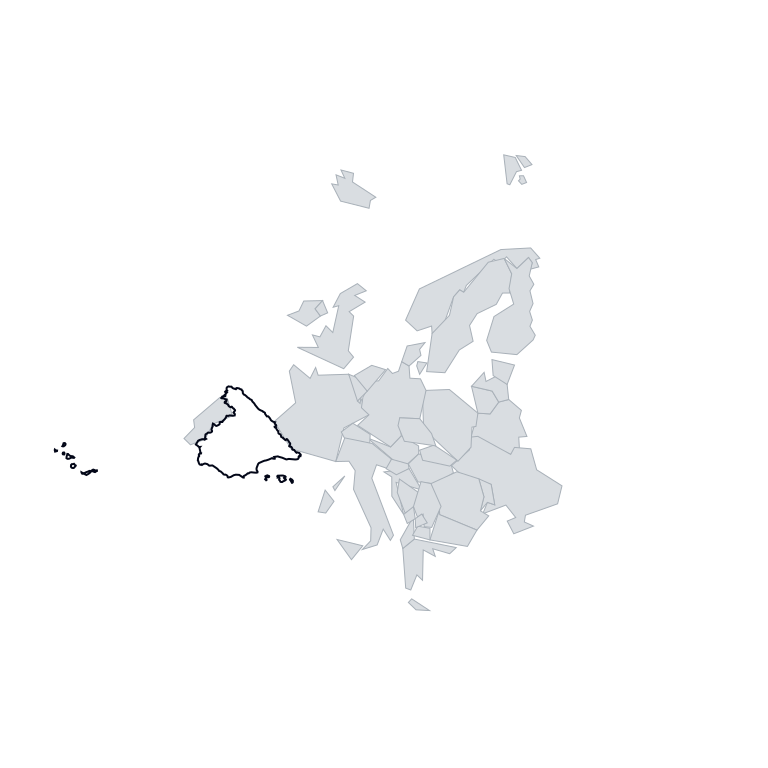 Spain highlighted on a map of Europe, rotated 40°
{"feature_id": "ESP", "entity_name": "Spain", "entity_type": "country or territory", "adm_level": 0, "iso_a3": "ESP", "parent_name": "Europe", "parent_adm1": "", "projection": "orthographic", "projection_center": [-5.186, 35.705], "detail": "fine", "context": "in_parent", "style": "outline", "palette": "ink", "viewbox_px": 768, "rotation_deg": 40, "n_neighbors": 37, "source": "natural_earth", "source_scale": "50m", "svg_char_len": 13411}
<svg xmlns="http://www.w3.org/2000/svg" viewBox="0 0 768 768"><g transform="rotate(40 384 384)"><path d="M328.4,131.5L338.9,126.1L352.0,131.9L349.0,136.2L352.3,150.5L349.6,151.5L328.4,131.5ZM427.3,194.8L422.3,202.0L419.6,195.8L413.4,194.2L411.6,210.1L396.1,207.8L395.6,217.3L388.0,217.8L383.7,255.6L386.1,262.5L381.5,263.2L381.3,272.5L391.7,300.9L388.4,314.4L383.2,309.0L375.2,322.0L359.5,321.2L350.0,288.4L387.1,205.9L408.9,185.5L422.5,187.5L420.2,191.2L427.3,194.8ZM356.3,120.8L352.5,127.9L338.4,124.0L345.9,119.1L356.3,120.8ZM363.7,138.0L361.2,142.5L356.4,141.9L356.6,139.5L353.9,137.5L357.0,134.8L363.7,138.0Z" fill="#d9dde1" stroke="#a8b0b8" stroke-width="1"/><path d="M350.7,399.2L392.3,417.3L381.5,443.4L396.9,474.4L354.5,493.4L324.1,483.3L328.4,455.2L303.2,435.0L302.4,427.3L323.8,427.2L321.0,415.3L327.9,419.6L350.7,399.2ZM410.9,495.6L413.1,479.6L414.9,497.2L410.9,495.6Z" fill="#d9dde1" stroke="#a8b0b8" stroke-width="1"/><path d="M388.4,314.4L390.0,289.3L381.3,272.5L381.5,263.2L386.1,262.5L385.6,223.7L395.3,210.6L411.0,217.5L421.7,233.6L416.3,238.2L418.8,250.8L410.1,270.2L411.9,284.2L424.8,294.0L419.8,309.5L423.4,336.2L408.7,347.1L388.4,314.4Z" fill="#d9dde1" stroke="#a8b0b8" stroke-width="1"/><path d="M489.5,315.7L506.2,315.9L509.5,323.0L527.2,332.3L521.4,338.1L529.0,346.2L526.3,356.5L484.7,368.8L474.7,346.0L484.5,338.7L483.5,324.1L489.5,315.7Z" fill="#d9dde1" stroke="#a8b0b8" stroke-width="1"/><path d="M580.2,399.5L589.8,396.8L579.7,415.3L566.5,409.8L570.7,401.6L555.2,398.4L543.1,419.9L539.3,408.2L546.5,405.4L530.6,392.0L508.6,404.4L488.2,403.2L491.8,379.5L484.7,368.8L489.5,363.8L526.3,356.5L524.7,348.7L538.1,339.3L556.1,351.6L585.8,347.6L594.0,364.2L576.7,393.6L580.2,399.5Z" fill="#d9dde1" stroke="#a8b0b8" stroke-width="1"/><path d="M474.7,346.0L481.7,357.4L479.1,360.5L491.3,376.5L490.3,395.7L443.2,392.9L422.3,369.7L420.3,361.9L437.6,346.2L474.7,346.0Z" fill="#d9dde1" stroke="#a8b0b8" stroke-width="1"/><path d="M455.5,415.2L453.2,431.7L444.2,436.4L405.8,436.0L429.5,428.0L430.5,412.5L450.3,409.2L455.5,415.2Z" fill="#d9dde1" stroke="#a8b0b8" stroke-width="1"/><path d="M488.2,403.2L494.2,407.4L488.8,426.7L473.0,437.2L454.0,429.6L455.5,415.2L488.2,403.2Z" fill="#d9dde1" stroke="#a8b0b8" stroke-width="1"/><path d="M517.6,395.7L530.6,392.0L546.5,405.4L539.3,408.2L539.4,419.2L533.1,406.2L517.6,395.7Z" fill="#d9dde1" stroke="#a8b0b8" stroke-width="1"/><path d="M539.4,419.2L549.0,417.7L549.1,436.2L510.7,448.3L484.0,430.1L496.2,404.4L517.6,395.7L533.1,406.2L539.4,419.2Z" fill="#d9dde1" stroke="#a8b0b8" stroke-width="1"/><path d="M483.5,324.1L484.5,338.7L474.7,346.0L452.5,329.5L471.4,319.9L483.5,324.1Z" fill="#d9dde1" stroke="#a8b0b8" stroke-width="1"/><path d="M478.6,305.2L489.5,315.7L483.5,324.1L471.4,319.9L452.5,329.5L453.2,310.7L460.5,316.5L465.6,304.3L478.6,305.2Z" fill="#d9dde1" stroke="#a8b0b8" stroke-width="1"/><path d="M471.8,285.6L478.6,305.2L462.2,307.4L451.0,295.9L471.8,285.6Z" fill="#d9dde1" stroke="#a8b0b8" stroke-width="1"/><path d="M420.3,361.9L433.7,387.6L417.8,399.8L430.5,412.5L429.5,428.0L390.4,432.6L392.3,417.3L382.0,416.7L376.2,407.5L373.0,389.6L377.9,385.0L376.9,369.7L383.7,370.5L386.9,364.9L383.2,355.5L391.6,354.1L400.1,362.9L408.6,356.6L420.3,361.9Z" fill="#d9dde1" stroke="#a8b0b8" stroke-width="1"/><path d="M507.3,444.7L510.7,448.3L549.1,436.2L552.3,454.8L519.4,473.9L507.3,444.7Z" fill="#d9dde1" stroke="#a8b0b8" stroke-width="1"/><path d="M564.5,528.3L553.7,536.4L543.1,535.7L543.3,530.8L564.5,528.3ZM506.9,483.3L544.5,462.9L543.4,471.8L527.2,478.9L534.1,483.1L520.7,485.9L539.7,509.6L531.9,509.1L536.9,524.6L531.8,526.4L504.1,497.9L506.9,483.3Z" fill="#d9dde1" stroke="#a8b0b8" stroke-width="1"/><path d="M506.9,483.3L504.1,497.9L496.6,492.9L491.7,466.7L506.9,483.3Z" fill="#d9dde1" stroke="#a8b0b8" stroke-width="1"/><path d="M457.5,432.7L481.2,440.9L456.5,451.6L482.9,471.3L462.1,464.9L449.7,450.2L440.5,451.4L457.5,432.7Z" fill="#d9dde1" stroke="#a8b0b8" stroke-width="1"/><path d="M405.8,431.5L413.5,441.6L392.2,452.4L382.1,448.2L385.3,434.1L405.8,431.5Z" fill="#d9dde1" stroke="#a8b0b8" stroke-width="1"/><path d="M374.4,408.1L378.2,414.3L374.6,414.1L374.4,408.1Z" fill="#d9dde1" stroke="#a8b0b8" stroke-width="1"/><path d="M375.8,400.3L374.6,414.1L350.7,399.2L366.8,394.2L375.8,400.3Z" fill="#d9dde1" stroke="#a8b0b8" stroke-width="1"/><path d="M376.0,372.0L375.8,400.3L355.8,396.6L362.6,377.6L376.0,372.0Z" fill="#d9dde1" stroke="#a8b0b8" stroke-width="1"/><path d="M266.9,499.8L273.3,495.7L288.3,505.8L278.7,524.6L282.3,541.6L274.8,555.0L265.8,554.3L266.9,539.1L261.2,533.8L266.9,499.8Z" fill="#d9dde1" stroke="#a8b0b8" stroke-width="1"/><path d="M291.6,372.8L287.4,389.5L265.9,393.4L271.9,382.7L269.2,372.0L283.3,359.6L282.9,370.7L291.6,372.8Z" fill="#d9dde1" stroke="#a8b0b8" stroke-width="1"/><path d="M413.2,437.2L438.1,436.8L441.4,446.3L430.2,450.7L435.2,464.0L488.5,493.8L489.4,499.7L476.7,495.7L482.2,511.7L473.8,524.7L474.6,512.7L466.5,502.5L428.4,484.3L417.6,468.9L406.8,465.7L396.9,474.4L388.6,450.5L413.2,437.2ZM448.0,533.3L471.7,521.6L472.0,539.5L448.0,533.3ZM407.1,503.1L421.1,506.0L422.3,520.3L415.7,524.3L407.1,503.1Z" fill="#d9dde1" stroke="#a8b0b8" stroke-width="1"/><path d="M391.6,354.1L383.2,355.5L377.3,340.0L388.8,325.9L389.0,334.6L393.9,338.3L391.6,354.1ZM403.3,340.3L405.1,353.7L397.4,349.1L395.5,345.1L403.3,340.3Z" fill="#d9dde1" stroke="#a8b0b8" stroke-width="1"/><path d="M291.6,372.8L282.9,370.7L283.3,359.6L295.1,365.7L291.6,372.8ZM311.7,377.5L299.0,353.1L295.7,357.9L292.4,342.8L299.1,324.2L310.5,324.0L304.6,335.0L316.9,333.4L310.8,351.0L317.1,351.5L335.3,381.5L343.4,383.0L343.3,398.2L294.0,411.6L310.2,398.2L297.6,392.4L304.6,389.1L302.1,376.7L311.7,377.5Z" fill="#d9dde1" stroke="#a8b0b8" stroke-width="1"/><path d="M257.7,246.2L255.6,252.1L259.6,259.0L233.2,271.8L215.3,264.3L221.0,261.0L212.8,254.6L221.8,251.6L213.5,247.7L225.2,242.2L230.0,249.5L257.7,246.2Z" fill="#d9dde1" stroke="#a8b0b8" stroke-width="1"/><path d="M438.1,436.8L454.0,429.6L457.5,432.7L451.8,445.6L440.0,447.5L438.1,436.8Z" fill="#d9dde1" stroke="#a8b0b8" stroke-width="1"/><path d="M419.6,195.8L425.8,207.9L434.7,211.3L435.9,218.8L446.5,226.6L448.9,234.8L456.6,239.7L458.7,246.0L468.5,249.4L469.9,254.4L466.9,276.1L445.8,290.5L434.6,284.6L424.9,261.6L432.0,239.4L418.5,230.6L411.0,217.5L395.3,210.6L411.6,210.1L413.4,194.2L419.6,195.8Z" fill="#d9dde1" stroke="#a8b0b8" stroke-width="1"/><path d="M488.7,395.5L487.2,404.6L462.6,417.6L453.8,411.8L461.6,398.6L488.7,395.5Z" fill="#d9dde1" stroke="#a8b0b8" stroke-width="1"/><path d="M433.7,387.6L452.3,391.4L463.5,398.1L436.4,414.8L421.5,406.9L417.8,399.8L433.7,387.6Z" fill="#d9dde1" stroke="#a8b0b8" stroke-width="1"/><path d="M483.2,469.4L463.8,458.5L456.9,446.9L482.2,444.8L486.9,458.1L483.2,469.4Z" fill="#d9dde1" stroke="#a8b0b8" stroke-width="1"/><path d="M512.0,465.0L519.4,473.9L503.1,481.6L501.2,471.2L512.0,465.0Z" fill="#d9dde1" stroke="#a8b0b8" stroke-width="1"/><path d="M475.1,435.0L484.0,430.1L506.4,441.1L512.7,463.2L506.5,467.5L497.6,458.5L495.1,464.4L485.4,459.0L475.1,435.0Z" fill="#d9dde1" stroke="#a8b0b8" stroke-width="1"/><path d="M494.5,467.1L491.5,475.9L482.9,471.3L485.4,459.0L494.5,467.1Z" fill="#d9dde1" stroke="#a8b0b8" stroke-width="1"/><path d="M500.6,473.7L494.5,467.1L496.5,459.4L506.4,462.6L500.6,473.7Z" fill="#d9dde1" stroke="#a8b0b8" stroke-width="1"/><path d="M325.0,483.4L325.0,483.8L325.4,484.3L325.7,484.5L326.4,484.7L327.6,484.8L328.1,485.1L328.2,485.6L328.1,486.1L327.6,487.0L327.8,487.2L328.1,487.3L328.5,487.3L328.9,486.6L329.1,486.6L329.1,486.8L329.2,487.0L330.1,487.4L332.1,488.1L333.4,488.1L333.6,488.5L334.9,489.6L335.8,489.6L336.4,489.4L336.9,489.2L337.2,489.2L338.0,489.6L338.5,490.0L339.0,490.4L339.3,490.6L341.2,490.1L341.7,490.4L342.7,490.3L343.8,490.4L344.7,490.3L344.8,490.1L344.8,489.1L344.9,488.7L345.1,488.6L345.6,488.6L347.6,489.1L349.3,489.7L350.0,489.7L350.4,489.9L351.1,490.9L351.1,491.4L351.2,491.9L351.2,492.3L351.4,492.6L352.1,492.5L353.4,491.7L354.7,492.1L355.3,492.4L355.8,493.1L356.2,493.1L356.7,492.8L357.5,492.3L360.5,492.9L361.1,492.9L361.2,492.3L361.5,492.1L362.4,491.8L362.9,491.5L363.5,491.3L365.0,491.6L365.5,491.6L365.8,492.2L366.2,492.4L366.4,493.0L365.7,493.4L365.3,493.5L365.3,494.5L365.5,494.8L366.0,495.0L366.1,495.3L366.3,496.8L365.6,497.8L364.5,498.9L359.2,502.6L358.0,504.2L357.6,504.6L353.4,505.9L350.6,507.2L349.2,507.7L347.5,509.6L346.8,510.4L347.4,510.6L348.3,511.4L348.0,511.8L346.9,512.5L346.5,512.7L346.2,512.6L345.9,512.7L344.2,516.1L342.7,518.5L341.8,519.5L340.9,521.1L339.0,525.0L339.0,526.2L340.3,530.0L340.9,531.0L341.8,531.8L343.5,532.4L343.9,533.1L343.4,533.8L341.8,535.1L339.1,536.9L338.0,538.2L337.8,539.5L337.0,540.1L336.8,541.8L336.4,543.0L336.3,543.4L335.8,544.3L335.8,544.9L336.7,545.8L336.3,546.2L335.8,546.3L331.5,546.7L328.8,548.7L327.5,550.5L326.4,553.6L325.0,555.5L324.3,555.9L323.3,555.1L322.0,555.0L320.8,555.3L320.1,556.0L319.1,556.4L318.1,556.1L315.9,556.0L315.0,556.0L313.5,556.6L312.2,556.2L310.0,556.1L305.3,556.6L304.7,556.8L304.1,557.5L302.6,558.9L300.3,558.9L298.3,559.8L297.7,560.3L296.9,561.9L296.6,563.0L296.4,563.0L296.2,562.7L295.9,562.8L295.7,563.6L294.9,564.0L294.3,564.1L292.7,563.4L291.3,562.4L290.6,562.3L289.5,560.7L289.0,559.7L288.7,558.6L288.8,558.2L288.7,557.9L287.7,557.4L287.4,556.4L288.2,555.1L288.8,554.6L289.1,554.4L288.2,554.5L287.6,555.3L286.8,553.9L283.4,551.3L283.6,550.7L283.6,550.4L283.0,551.0L282.6,551.2L280.9,551.1L278.8,551.3L278.2,547.6L278.1,546.9L278.7,545.4L279.2,544.7L280.0,543.4L281.0,542.4L282.4,542.0L282.7,541.1L283.0,540.4L282.8,540.4L281.7,540.5L279.7,537.4L279.8,536.9L280.1,536.2L280.3,535.3L280.3,534.6L280.8,534.0L281.7,533.4L282.4,532.6L282.7,531.7L282.8,531.0L282.4,530.4L281.3,530.1L280.3,527.8L280.0,526.5L279.1,525.7L278.4,524.3L279.1,524.1L281.9,524.1L282.6,523.8L283.1,522.9L283.7,521.4L283.9,520.5L283.7,520.1L282.8,519.1L282.7,518.9L282.9,518.4L284.2,517.4L284.6,517.0L284.5,516.6L284.3,516.3L284.3,515.9L284.5,515.5L284.5,514.0L284.6,513.6L284.5,512.3L284.4,511.2L283.8,509.7L283.9,509.4L284.2,509.2L285.1,508.7L285.8,507.5L286.8,506.6L288.2,505.8L289.1,505.0L289.5,504.3L289.8,504.1L289.5,503.4L289.0,502.9L288.3,502.7L287.6,502.7L287.1,502.6L287.0,502.2L287.0,501.3L287.0,500.4L286.9,500.0L286.5,499.7L285.8,499.7L285.2,499.5L284.8,499.4L284.5,499.6L283.2,499.5L282.2,499.2L282.0,499.3L281.8,499.4L281.7,500.1L281.2,500.4L280.1,500.7L279.2,500.7L278.4,500.4L277.8,500.1L276.1,500.2L275.9,500.1L274.5,500.8L274.0,500.8L273.9,500.7L273.5,499.9L273.6,499.5L274.3,498.6L274.2,498.3L274.0,498.0L273.7,497.5L273.7,497.3L273.2,497.2L272.8,497.5L270.6,498.1L269.8,498.5L269.0,499.2L268.4,499.4L268.2,499.1L268.2,497.4L269.2,496.3L269.9,495.6L269.6,495.5L268.9,495.5L268.9,495.0L269.3,494.7L269.6,494.1L269.3,493.9L269.0,493.5L269.0,492.5L269.1,492.1L269.1,491.6L267.6,492.2L267.3,492.1L267.3,491.3L268.1,490.2L268.2,489.9L267.3,489.7L266.7,489.1L266.3,488.6L265.9,487.9L265.9,487.2L266.4,485.8L267.7,485.1L268.9,484.1L270.5,484.4L271.6,484.2L272.5,483.7L273.0,483.6L273.9,483.2L273.9,482.5L273.6,482.1L273.9,481.6L275.9,480.5L277.1,480.4L278.4,479.8L279.2,480.2L279.9,480.1L280.7,480.6L281.7,481.7L283.3,482.2L284.6,481.8L286.8,481.8L287.9,482.0L289.9,481.7L291.1,481.8L292.9,481.3L294.3,482.0L297.1,482.3L298.8,482.9L303.4,483.8L305.1,483.8L307.4,483.2L308.4,482.8L309.3,483.0L310.6,482.6L311.3,482.6L312.1,483.3L315.1,484.1L315.9,483.3L316.4,483.2L318.6,483.6L320.7,484.4L321.8,484.4L323.5,484.1L325.0,483.4ZM367.7,520.2L368.6,520.5L369.4,520.1L369.8,520.1L370.3,520.3L370.4,520.9L370.1,521.7L369.7,522.6L369.3,523.4L369.0,524.5L368.3,525.1L367.6,525.5L366.1,524.9L365.2,524.8L365.0,524.5L364.7,523.5L364.3,523.2L363.7,523.0L363.2,523.4L362.7,524.0L362.3,523.4L361.7,523.4L361.5,523.1L361.5,522.6L364.7,519.7L365.6,519.0L367.6,518.2L368.0,518.3L367.7,518.7L367.8,518.9L368.1,519.0L368.0,519.4L367.8,519.6L367.7,520.2ZM191.8,641.3L190.8,643.6L190.0,644.5L189.5,644.8L188.4,644.9L187.3,643.2L186.7,641.6L186.4,641.1L187.0,640.7L187.9,640.9L189.8,640.8L190.1,640.7L192.1,639.4L194.0,639.4L194.0,639.9L191.8,641.3ZM211.9,645.6L210.5,646.7L209.2,646.3L209.0,646.1L210.3,645.9L211.6,645.1L212.5,643.1L213.8,640.9L214.1,640.0L214.6,639.7L215.3,639.7L215.5,639.8L215.8,640.3L215.7,641.5L215.2,643.3L214.5,645.0L211.9,645.6ZM200.4,644.7L200.3,645.6L200.4,646.4L200.3,647.7L199.8,648.3L198.5,648.9L197.6,648.7L197.1,648.3L196.3,647.1L196.4,646.0L197.3,645.3L197.8,644.4L199.9,644.8L200.3,644.6L200.4,644.7ZM217.0,638.0L216.3,638.7L215.6,638.4L216.1,636.8L216.4,636.4L217.8,635.9L218.9,635.7L219.2,635.0L219.6,634.7L220.0,635.2L219.7,635.7L219.3,637.2L218.6,637.6L217.0,638.0ZM377.2,518.7L377.0,518.9L374.4,517.9L373.5,517.8L373.3,517.6L373.3,516.7L375.0,516.4L376.4,516.7L377.3,517.9L377.3,518.1L377.2,518.7ZM177.9,638.3L177.6,638.4L177.5,637.5L176.6,635.3L177.4,634.4L178.6,634.6L179.0,635.3L179.1,636.0L178.9,636.3L178.8,637.1L178.7,637.6L177.9,638.3ZM354.3,530.7L354.0,531.4L352.7,531.2L352.4,531.0L352.7,530.2L353.0,530.1L353.0,529.6L353.3,529.0L355.1,528.4L355.6,528.8L355.7,529.3L354.7,530.5L354.3,530.7ZM183.4,644.2L183.1,644.2L182.6,643.9L182.2,643.0L182.6,642.4L182.9,642.1L183.4,642.2L184.1,642.8L184.3,643.3L184.3,643.6L183.4,644.2ZM176.6,645.6L175.5,647.2L174.4,646.4L174.2,646.2L174.0,645.8L175.1,645.8L176.3,645.1L176.6,645.6ZM355.7,533.3L355.6,533.5L355.0,533.4L354.2,533.4L354.1,533.0L354.3,532.3L354.9,532.9L355.7,533.0L355.7,533.3Z" fill="none" stroke="#020617" stroke-width="2"/></g></svg>